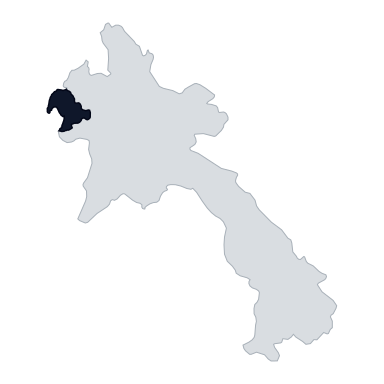 Bokeo on a map of Laos (orthographic projection)
{"feature_id": "LAO-3271", "entity_name": "Bokeo", "entity_type": "Province", "adm_level": 1, "iso_a3": "LAO", "parent_name": "Laos", "parent_adm1": "", "projection": "orthographic", "projection_center": [100.56, 20.309], "detail": "fine", "context": "in_parent", "style": "filled", "palette": "ink", "viewbox_px": 384, "rotation_deg": 0, "n_neighbors": 0, "source": "natural_earth", "source_scale": "10m", "svg_char_len": 5065}
<svg xmlns="http://www.w3.org/2000/svg" viewBox="0 0 384 384"><path d="M122.4,27.5L124.5,31.3L134.2,41.4L135.9,44.2L139.4,46.3L142.5,55.3L143.7,55.9L145.3,55.2L146.5,53.9L147.4,50.4L148.1,50.0L149.2,52.9L151.9,53.7L153.1,55.0L153.5,57.2L153.1,59.4L150.9,64.6L149.7,71.6L159.3,86.4L163.3,88.3L172.8,90.6L179.2,93.8L182.2,92.9L184.9,89.2L188.3,87.1L194.5,83.7L196.4,83.5L199.9,84.7L205.7,88.3L214.6,95.0L214.3,96.9L212.8,98.7L208.2,101.6L206.7,103.4L207.7,104.0L211.5,104.4L216.2,105.9L217.6,107.6L218.5,111.8L219.3,112.5L223.5,112.0L224.9,112.5L226.4,113.8L228.0,117.2L228.0,119.8L223.9,124.4L223.5,127.1L221.4,130.4L215.7,136.0L214.2,136.4L203.4,133.6L194.8,134.2L194.2,135.4L195.7,138.6L196.2,141.9L194.9,144.4L190.0,147.7L189.9,149.1L190.9,150.5L198.1,153.3L221.3,168.4L231.8,171.1L236.4,172.9L237.6,174.0L237.6,175.4L236.5,177.1L235.6,180.2L235.6,182.1L236.7,183.8L238.6,186.4L245.2,192.2L249.9,193.4L255.0,200.1L256.6,206.0L259.2,209.8L271.4,222.2L281.6,229.8L287.8,238.1L290.8,239.9L291.8,243.0L292.8,251.9L296.4,256.3L297.2,258.0L298.7,259.3L300.4,259.5L303.8,256.5L304.6,256.9L306.3,261.5L307.8,263.2L313.2,265.9L319.0,271.4L322.0,273.3L325.9,274.8L326.5,276.6L325.8,278.4L324.7,279.7L318.3,283.2L317.4,284.7L322.0,291.8L333.1,300.4L336.7,305.7L336.0,308.3L333.2,313.7L331.0,315.2L330.4,316.9L332.3,321.1L332.3,327.7L330.3,329.4L328.4,333.5L327.1,333.9L323.7,332.5L316.9,339.8L313.9,339.6L310.4,343.6L305.9,344.3L302.7,341.5L295.9,337.1L293.4,334.3L291.4,336.9L287.9,339.4L282.9,338.7L281.7,342.2L280.7,342.9L274.7,343.7L273.6,344.3L274.6,347.4L278.3,352.7L279.5,355.7L277.3,360.9L271.1,361.0L268.2,359.0L264.6,354.8L256.5,352.2L251.2,354.3L249.6,354.3L245.5,350.8L243.9,348.5L243.0,345.1L249.0,342.1L252.1,339.9L254.1,337.5L254.8,335.1L255.6,325.0L256.4,321.4L255.8,317.1L254.1,313.8L254.0,308.6L254.8,304.5L257.0,302.3L258.6,299.3L259.4,292.6L258.6,290.9L256.3,289.3L252.4,287.9L250.0,286.0L248.9,283.6L249.0,281.5L250.1,279.7L247.2,277.8L240.2,275.8L236.2,273.2L235.3,270.2L232.4,266.2L227.3,261.3L224.5,254.2L224.0,244.7L224.5,237.1L226.4,228.1L223.4,221.8L220.1,218.5L215.7,216.1L211.4,212.6L207.3,208.1L202.4,201.3L196.6,192.3L192.8,188.3L190.9,189.3L186.9,188.5L180.7,186.0L175.3,184.7L170.7,184.6L167.8,185.2L166.4,186.6L166.3,188.0L167.5,189.3L166.9,190.4L164.5,191.2L162.6,192.7L160.5,196.1L159.0,200.5L156.8,202.2L153.3,202.6L149.8,203.9L146.4,206.1L144.8,207.7L145.0,208.8L144.3,209.1L142.6,208.5L141.8,207.1L141.9,204.8L140.1,203.3L136.6,202.5L132.5,200.1L124.7,193.9L123.0,193.7L120.4,195.3L117.2,198.9L114.5,200.3L112.3,199.6L110.6,200.8L109.5,204.1L107.4,206.6L97.0,213.5L87.7,222.3L85.3,223.0L79.6,220.6L77.8,218.9L85.6,201.0L86.7,196.6L86.5,190.9L83.2,186.1L83.0,184.7L83.5,183.2L87.5,177.7L92.0,163.4L91.7,158.9L89.7,154.0L88.6,149.4L89.4,143.1L89.1,140.6L86.9,139.4L79.9,138.1L75.8,139.2L73.9,140.9L71.5,142.0L67.1,142.6L62.9,140.4L59.4,136.8L58.5,132.4L62.9,122.8L64.0,119.1L63.9,117.4L63.1,115.5L62.0,115.3L59.8,113.0L57.6,109.1L55.6,107.3L53.6,107.6L51.8,109.1L48.9,112.8L48.0,112.3L50.6,99.1L53.0,93.5L55.9,90.9L58.9,89.8L62.1,90.2L64.8,89.8L66.9,88.4L66.8,87.6L64.2,87.4L63.2,85.9L63.7,83.1L64.8,81.3L66.6,80.4L68.3,77.6L69.9,72.8L71.9,70.3L74.2,70.2L78.2,68.2L83.9,64.1L86.1,60.1L88.2,61.9L87.4,66.5L88.6,67.5L89.1,69.1L88.8,71.6L89.3,73.8L90.2,74.9L91.4,75.4L97.4,73.5L101.1,73.3L107.2,76.6L110.7,74.1L110.8,73.2L107.8,70.1L108.6,58.5L108.1,49.7L103.2,43.2L102.1,40.6L101.6,36.3L100.2,32.7L103.7,29.8L105.5,24.4L108.0,23.0L108.8,23.2L111.8,27.3L115.6,25.2L118.6,25.2L121.0,26.2L122.4,27.5Z" fill="#d9dde1" stroke="#a8b0b8" stroke-width="1"/><path d="M62.9,90.5L63.7,90.4L64.9,90.0L66.1,89.4L66.4,89.2L67.4,90.6L69.1,91.2L70.5,92.3L71.1,94.1L71.8,94.8L72.6,95.5L73.1,96.2L73.5,97.2L74.5,99.0L74.4,100.6L74.8,102.7L76.0,103.2L78.7,102.9L79.8,103.6L80.6,104.9L81.2,106.3L81.2,107.6L81.3,108.6L82.7,109.8L83.5,110.1L85.8,110.7L88.4,110.0L89.6,110.3L89.8,111.2L90.2,112.1L90.3,112.7L90.2,117.2L89.7,118.2L88.8,119.0L87.6,119.7L86.4,119.5L84.2,117.9L82.7,118.2L81.5,119.0L81.2,120.4L80.4,121.4L79.5,122.3L78.7,122.7L77.9,123.1L74.4,123.2L71.4,124.4L71.5,126.0L72.2,127.8L71.7,128.3L69.0,129.9L68.7,130.0L68.2,130.1L67.7,130.0L67.3,130.0L66.9,130.2L66.2,130.5L65.4,130.5L64.2,131.2L63.0,131.4L61.7,131.5L60.1,131.0L58.9,130.8L59.4,130.2L59.8,129.1L60.0,128.7L60.3,128.5L61.1,128.2L61.4,128.0L61.8,127.4L61.9,126.7L62.1,125.4L63.1,122.8L64.0,120.0L64.3,118.4L64.2,116.3L64.1,115.9L63.9,116.0L63.7,116.5L62.8,116.5L62.2,116.1L61.9,115.7L61.2,115.2L60.9,115.0L60.8,114.8L60.6,114.3L60.4,113.9L59.4,112.7L57.3,107.9L56.5,107.1L55.1,106.7L53.8,107.0L52.7,107.8L51.9,108.7L51.5,110.2L51.4,110.2L51.2,110.3L50.4,110.6L49.9,111.0L49.9,112.5L49.4,113.1L48.7,113.1L48.0,112.7L47.5,112.1L47.3,111.3L47.4,110.0L47.3,109.3L47.3,108.7L47.4,108.2L47.8,107.7L48.2,107.1L48.4,106.4L48.4,105.6L48.8,104.3L49.3,100.8L49.7,99.4L50.2,98.3L50.2,97.8L50.4,97.2L51.3,96.0L51.4,95.5L51.6,94.8L52.0,94.3L53.0,93.5L54.0,92.3L54.5,91.7L56.0,91.3L56.5,90.8L56.8,90.1L57.3,89.6L58.0,89.5L61.3,90.0L62.9,90.5Z" fill="#0f172a" stroke="#020617" stroke-width="1.5"/></svg>